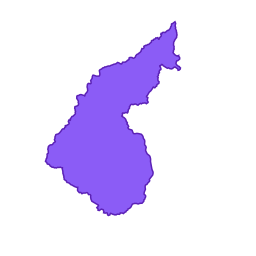 the district of Pataz, San Martín, Peru, rotated 64°
{"feature_id": "86281439B60553408093746", "entity_name": "Pataz", "entity_type": "district", "adm_level": 2, "iso_a3": "PER", "parent_name": "Peru", "parent_adm1": "San Martín", "projection": "orthographic", "projection_center": [-77.413, -8.063], "detail": "fine", "context": "isolated", "style": "filled", "palette": "violet", "viewbox_px": 256, "rotation_deg": 64, "n_neighbors": 0, "source": "geoboundaries", "source_scale": "gbopen_adm2", "svg_char_len": 5760}
<svg xmlns="http://www.w3.org/2000/svg" viewBox="0 0 256 256"><g transform="rotate(64 128 128)"><path d="M53.1,39.2L53.7,42.4L53.5,42.9L53.6,43.3L55.4,44.4L55.8,45.3L57.1,46.4L57.4,47.4L57.8,48.1L58.0,48.9L57.7,49.2L57.8,50.6L58.5,52.7L58.4,53.0L57.8,53.6L57.3,55.0L57.4,55.6L58.1,56.1L58.1,56.6L57.6,56.9L58.1,57.5L59.3,57.5L59.8,57.8L60.1,58.2L60.7,60.0L61.8,61.2L61.7,61.5L61.1,61.7L60.4,61.8L60.1,61.6L59.8,61.6L59.6,62.9L59.2,63.5L59.8,64.2L59.6,66.0L60.3,66.7L59.8,67.8L60.0,68.8L61.1,69.4L61.5,71.3L62.0,72.6L61.6,73.8L61.8,75.2L61.8,75.5L61.4,75.9L61.5,76.6L61.4,77.5L61.6,78.0L62.6,78.2L63.0,78.6L63.3,79.8L62.7,80.7L63.3,81.1L63.9,82.1L64.5,82.3L65.3,83.9L65.5,85.4L65.8,85.9L65.8,87.9L66.5,89.4L67.5,90.4L67.8,91.8L67.7,92.7L66.5,93.4L65.9,94.3L65.4,95.5L65.5,96.3L66.9,97.1L67.0,97.4L66.9,98.8L67.4,99.9L67.6,101.6L66.5,104.0L67.5,105.3L67.6,105.7L67.1,106.2L67.0,106.8L65.6,107.5L64.5,108.6L65.0,110.8L64.4,113.1L64.5,113.9L64.2,115.9L64.3,117.3L63.6,118.7L63.3,121.4L62.9,122.1L63.2,123.2L62.9,124.3L63.4,126.0L63.3,127.5L63.7,128.5L64.1,128.7L66.6,129.4L67.7,129.9L68.3,130.5L68.6,131.1L68.5,131.7L67.5,133.7L65.4,135.8L65.2,136.5L66.2,137.6L67.7,138.5L69.0,140.8L70.3,141.0L71.7,141.7L71.8,142.2L71.6,142.6L70.6,143.9L70.6,144.4L71.1,145.4L73.2,146.8L74.4,147.0L76.7,147.8L77.7,149.0L78.8,151.5L80.2,152.8L80.1,153.0L79.4,153.2L78.8,154.1L77.7,155.1L77.2,155.9L77.0,156.8L77.1,158.3L76.7,159.4L77.1,160.1L78.9,161.1L81.7,160.8L82.4,161.0L83.2,161.6L84.1,161.6L84.9,162.0L85.6,162.7L85.8,163.4L85.8,165.2L85.5,166.1L85.7,166.5L87.0,167.3L88.2,167.4L89.0,167.8L90.0,167.8L90.7,168.6L91.7,168.8L92.4,169.5L93.3,172.3L93.1,173.4L93.9,174.5L94.3,175.7L94.7,175.9L95.3,176.0L95.8,176.6L95.6,177.2L95.0,177.3L94.9,177.7L95.9,178.7L96.3,178.9L97.8,178.7L98.5,179.5L98.8,181.8L98.4,183.3L98.6,183.5L99.6,183.5L99.7,184.5L100.8,185.9L100.2,187.0L100.4,188.0L101.1,189.0L102.5,191.9L102.7,193.6L102.3,195.4L102.4,195.9L103.2,196.6L104.0,197.6L105.4,198.2L106.1,199.2L107.2,199.4L108.2,199.2L108.5,199.5L108.8,201.5L109.7,203.0L109.7,203.8L109.1,205.3L109.5,207.2L109.8,207.7L112.0,209.4L113.3,209.6L115.5,210.6L115.9,211.1L115.8,211.8L116.2,212.3L117.8,212.9L118.6,213.7L119.3,213.9L119.9,215.1L120.9,215.8L121.7,216.8L122.1,216.8L123.3,216.1L124.2,216.3L125.0,216.3L126.3,214.7L128.3,214.5L129.0,213.8L129.5,213.8L130.1,213.2L130.6,212.2L131.5,211.7L131.9,210.6L132.5,210.0L132.5,208.6L133.3,207.2L133.6,205.9L134.6,205.2L135.0,204.4L136.2,205.1L138.2,205.5L140.6,206.5L141.2,206.4L142.7,206.8L143.1,206.7L144.2,207.3L145.2,207.4L146.1,207.9L147.3,207.4L148.2,206.7L149.6,206.8L150.3,206.6L150.4,206.2L151.8,205.0L153.9,204.2L154.9,203.2L156.1,202.5L156.6,202.0L156.9,202.0L159.1,199.9L159.3,199.2L161.9,200.7L162.6,200.7L164.8,200.1L165.2,198.7L166.9,198.2L166.8,196.9L167.8,194.8L167.9,193.6L168.2,193.0L168.9,192.7L170.5,192.7L171.3,191.2L172.2,191.0L173.7,191.9L175.8,192.5L178.0,192.6L184.3,188.4L184.9,188.6L185.1,189.3L185.8,189.8L185.7,190.7L185.9,191.0L187.8,190.4L188.7,191.0L189.6,190.0L189.2,187.6L190.3,186.3L190.7,186.0L191.7,186.4L192.6,186.3L193.5,187.1L194.5,185.9L194.8,184.5L195.1,184.1L195.5,184.0L197.1,184.4L198.0,184.0L198.2,182.4L197.4,181.7L197.1,180.9L199.1,179.3L199.4,178.6L199.8,178.5L200.5,177.7L200.5,177.1L200.9,176.5L200.7,176.0L200.8,175.2L201.8,173.6L201.6,172.7L201.0,172.3L201.1,171.9L202.1,170.2L202.9,169.7L202.3,167.5L202.5,166.8L201.7,165.7L201.6,164.2L200.7,163.3L200.9,162.5L200.7,160.9L200.3,160.0L198.3,157.4L198.7,155.1L199.7,153.2L200.1,153.0L200.8,152.0L200.9,150.3L201.8,148.4L200.9,146.1L200.4,145.6L199.6,145.3L199.2,144.0L198.2,143.2L197.7,142.4L196.8,141.9L196.0,141.9L194.8,142.5L194.3,142.5L192.8,141.5L190.7,139.2L188.5,138.5L187.2,137.6L186.9,136.9L187.0,135.7L186.2,134.5L185.4,132.2L184.9,131.6L183.9,131.5L183.4,131.1L181.1,126.4L179.8,125.4L178.6,124.8L175.6,124.6L171.3,123.4L168.1,122.5L165.8,121.3L163.7,120.8L162.4,120.8L159.6,122.1L156.2,122.1L155.0,121.5L153.3,120.1L151.9,120.0L151.0,120.3L150.2,120.3L149.3,119.9L147.4,118.8L146.1,118.4L144.1,118.7L142.5,118.3L141.0,118.3L139.4,118.8L137.4,121.3L136.7,122.4L136.3,123.9L135.7,125.2L134.6,125.6L131.8,125.3L131.2,125.7L129.7,127.4L128.9,127.9L127.6,127.9L126.9,126.7L124.7,126.8L124.1,127.2L123.7,127.0L123.1,126.3L122.3,126.3L121.6,126.7L120.4,126.4L119.0,126.3L117.1,126.9L115.2,128.1L114.5,128.3L114.0,127.3L112.6,126.8L112.2,126.4L113.1,124.6L113.1,123.1L114.2,122.0L113.7,121.1L113.1,121.0L112.9,120.4L111.8,119.8L110.7,117.8L109.6,117.5L109.1,116.5L108.4,115.7L108.2,114.7L108.5,114.1L108.9,113.8L109.0,113.1L109.4,112.8L109.4,111.6L109.9,110.5L111.2,109.7L111.9,109.0L111.5,107.9L111.3,106.1L112.2,105.4L112.0,104.2L112.6,102.8L112.8,101.9L113.4,101.2L114.2,100.9L113.9,98.8L113.3,98.5L111.6,98.6L109.3,96.8L108.1,97.7L107.5,97.2L107.0,96.0L105.1,93.2L104.6,91.2L103.1,88.5L102.4,87.7L102.3,87.3L103.5,86.5L103.6,86.1L102.8,84.5L103.0,84.0L102.9,83.8L101.6,82.8L101.5,80.8L100.1,79.8L98.7,80.3L96.8,79.6L96.0,78.8L94.8,79.0L94.1,77.6L92.7,77.0L92.1,75.5L91.2,75.5L89.9,74.2L90.0,73.2L89.6,72.6L88.7,72.3L87.3,72.2L86.8,72.5L86.0,72.2L86.2,71.0L85.6,70.1L85.9,69.5L86.3,69.2L87.4,69.1L91.5,66.5L91.7,65.2L92.9,64.5L94.0,63.0L94.1,61.7L93.6,60.5L93.8,59.0L96.7,57.4L98.1,57.7L98.4,56.8L98.0,55.3L97.0,54.5L96.2,54.9L95.3,54.9L94.7,55.7L93.9,55.9L92.9,56.5L91.2,56.7L90.1,55.9L89.0,54.9L89.3,53.7L88.7,51.3L87.4,50.7L86.6,50.7L85.8,51.3L85.0,50.7L84.8,52.2L84.2,52.9L82.3,54.0L81.6,54.0L80.9,54.4L79.7,54.3L79.3,53.7L78.3,53.2L77.6,52.1L77.1,52.1L76.8,51.7L76.4,51.7L74.9,50.8L73.5,50.8L70.9,49.3L69.7,47.6L69.4,47.5L67.9,44.6L66.3,43.7L65.9,43.1L65.2,43.1L63.7,42.4L62.8,42.4L62.2,42.0L61.3,41.8L59.4,41.8L58.9,41.3L58.2,41.0L57.5,41.0L56.4,40.6L54.9,39.3L53.1,39.2Z" fill="#8b5cf6" stroke="#5b21b6" stroke-width="1.5"/></g></svg>